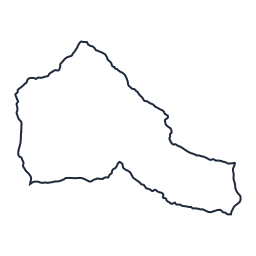 the district of Naja, Paro, Bhutan
{"feature_id": "84629894B48616572457090", "entity_name": "Naja", "entity_type": "district", "adm_level": 2, "iso_a3": "BTN", "parent_name": "Bhutan", "parent_adm1": "Paro", "projection": "mercator", "projection_center": [89.419, 27.254], "detail": "fine", "context": "isolated", "style": "outline", "palette": "slate", "viewbox_px": 256, "rotation_deg": 0, "n_neighbors": 0, "source": "geoboundaries", "source_scale": "gbopen_adm2", "svg_char_len": 5809}
<svg xmlns="http://www.w3.org/2000/svg" viewBox="0 0 256 256"><path d="M234.8,163.0L234.1,162.9L233.7,163.1L233.2,163.1L232.8,163.3L229.7,163.4L229.1,163.6L228.6,163.7L226.7,162.9L225.4,162.2L224.9,162.1L224.3,161.9L222.7,161.7L222.0,161.2L221.0,160.9L220.0,160.8L219.5,160.7L218.8,160.6L217.5,160.5L217.0,160.5L215.9,160.7L214.3,159.6L213.4,159.3L212.6,159.2L212.0,159.5L210.8,159.9L210.0,159.8L208.2,158.9L206.3,157.8L204.6,157.2L203.6,156.7L202.7,156.4L201.6,156.4L201.1,156.1L198.9,155.4L196.5,155.5L195.8,154.7L194.8,154.5L193.6,154.1L193.0,153.7L191.0,153.2L189.5,152.5L187.8,151.6L184.2,149.3L183.2,148.5L182.0,147.8L181.5,147.4L180.3,146.8L179.7,146.3L179.1,146.3L178.2,146.0L177.0,145.2L175.7,144.4L175.0,144.2L174.5,144.3L174.0,144.5L173.4,144.5L172.8,144.2L171.7,143.4L171.6,142.8L171.1,142.3L170.5,141.4L170.3,140.8L170.3,140.4L169.9,139.9L169.4,138.9L169.6,137.8L170.1,136.6L170.0,134.8L170.3,133.6L171.4,133.0L171.6,132.3L171.6,131.3L170.7,128.5L169.2,127.4L168.2,126.8L167.2,126.0L165.8,124.5L165.1,122.0L164.9,120.2L165.2,119.6L166.2,119.0L167.5,118.1L168.0,117.2L167.8,115.7L164.6,113.7L164.3,112.4L164.0,111.9L162.9,110.7L161.9,110.1L160.8,109.7L155.8,106.9L154.7,106.3L154.3,105.6L153.2,104.6L152.3,104.1L150.6,103.5L148.7,102.4L146.8,101.1L145.7,101.1L144.5,100.9L143.8,100.2L143.5,99.8L142.8,98.4L141.7,96.9L141.1,96.4L139.6,95.2L139.3,94.4L138.6,93.7L138.2,93.0L138.0,92.5L137.7,92.1L137.1,91.6L136.3,91.2L135.3,90.0L134.7,89.4L134.1,89.1L132.0,88.7L131.4,88.2L130.8,87.6L130.0,86.8L129.2,86.2L128.6,85.5L128.1,84.4L127.7,81.6L126.7,78.5L126.4,77.9L126.0,76.9L125.3,75.7L124.9,75.0L123.6,73.6L121.8,72.4L120.2,71.7L119.7,71.4L117.8,69.8L117.2,69.3L114.8,68.3L114.5,67.7L114.6,67.2L112.3,66.2L111.6,64.3L111.2,62.8L107.6,59.5L107.1,57.5L105.2,54.4L103.2,53.1L99.7,51.6L95.7,50.0L94.5,48.0L92.8,46.5L90.3,45.8L88.1,44.6L87.9,43.9L86.8,42.0L85.9,42.1L83.9,42.0L81.0,41.6L79.5,43.0L77.8,45.9L77.4,47.1L77.1,47.7L76.3,48.8L75.6,50.0L74.7,51.4L74.1,52.2L73.1,53.3L72.7,53.8L72.0,55.3L71.0,56.0L67.2,57.2L66.1,57.9L64.8,58.9L63.1,61.0L61.2,63.0L60.6,63.7L60.4,64.1L60.2,65.0L60.2,66.4L60.0,67.3L59.6,68.7L59.2,69.7L58.7,70.3L58.0,70.5L55.6,70.2L55.0,70.2L54.5,70.4L51.9,72.0L50.6,72.8L49.5,73.6L49.0,74.3L48.4,75.5L48.0,76.0L46.9,76.4L45.2,76.6L42.9,77.4L42.4,77.6L41.4,77.8L40.4,77.8L38.3,77.5L37.4,77.9L36.3,78.8L35.7,78.9L34.3,78.2L33.8,78.0L33.4,77.9L31.1,78.0L30.1,78.1L28.7,78.6L28.3,78.9L27.7,79.5L27.4,80.0L27.2,80.5L26.9,82.0L26.1,82.9L24.9,83.8L22.8,85.8L21.1,87.3L18.5,89.1L17.9,89.8L17.7,90.1L17.7,92.1L17.5,92.5L15.8,93.8L15.4,94.3L15.4,94.7L15.6,95.5L16.9,98.7L17.0,99.2L18.0,101.0L18.1,101.5L17.8,102.1L16.8,103.3L16.6,103.8L16.6,104.5L17.3,107.4L17.4,108.5L17.4,110.1L17.3,110.6L17.1,111.2L16.6,112.4L16.6,112.9L16.7,113.4L16.8,114.0L17.2,114.8L17.6,116.0L17.7,116.6L18.4,118.3L19.0,119.4L20.7,121.2L21.0,121.6L21.4,122.5L21.6,124.6L21.4,126.2L21.3,127.1L21.4,128.0L21.4,129.0L21.3,130.1L21.1,130.7L21.1,131.1L21.4,132.2L21.0,133.0L20.9,135.9L20.8,139.2L20.4,143.4L20.0,144.5L19.7,146.0L18.5,150.3L18.3,151.8L18.2,152.9L18.3,154.3L18.5,155.2L18.9,155.8L19.2,156.3L19.7,156.8L21.2,157.4L21.6,157.9L22.5,160.5L22.8,160.8L23.3,161.9L23.5,162.7L23.5,163.5L23.0,165.3L23.0,165.9L23.3,166.7L23.7,167.4L24.9,169.2L25.6,170.5L26.1,171.1L28.3,173.2L29.7,175.0L30.3,175.9L30.8,176.8L31.1,178.1L30.9,180.0L30.4,182.4L30.1,184.0L31.8,182.8L33.3,182.0L34.4,181.7L35.6,181.6L37.5,181.7L38.1,181.7L38.9,181.9L40.1,182.5L40.7,182.6L42.3,182.8L44.0,182.7L45.8,182.4L46.9,182.8L47.6,182.9L49.7,182.5L51.0,182.4L52.5,182.1L55.1,181.4L57.1,181.5L58.4,181.3L60.8,180.7L64.1,179.2L64.6,178.9L65.7,178.0L69.6,177.9L71.2,178.0L75.6,178.2L79.6,177.9L81.2,178.0L83.2,178.5L87.2,180.4L89.0,181.4L89.7,181.5L90.4,181.5L91.2,181.4L92.9,180.3L93.4,180.0L94.7,179.4L96.2,179.0L97.2,178.5L98.4,178.5L99.2,178.9L101.2,178.9L103.1,178.9L104.0,177.9L105.1,177.5L106.8,177.3L108.0,177.6L108.7,176.7L109.2,175.5L109.8,174.6L111.1,173.8L111.7,173.2L111.9,171.6L112.6,169.8L113.2,169.2L114.8,168.4L115.5,167.9L116.3,166.8L117.0,165.6L117.5,164.4L117.7,163.7L118.2,163.2L119.4,161.9L120.6,162.4L121.6,163.2L122.4,164.0L123.1,167.7L124.8,169.3L126.6,170.1L129.6,171.8L130.7,173.2L132.8,177.1L133.4,178.0L135.0,179.0L136.2,180.0L138.3,181.4L140.4,183.1L141.3,184.3L142.0,184.5L143.6,184.8L144.0,185.1L146.2,188.3L149.2,189.1L150.2,189.5L151.2,190.4L152.1,191.0L152.6,191.0L153.2,190.8L154.4,189.9L155.0,189.8L155.7,190.0L156.3,190.4L156.9,191.1L157.8,191.6L158.4,191.9L159.4,192.3L161.1,192.6L162.5,193.4L163.1,194.1L163.4,194.8L163.3,195.4L163.1,196.4L162.9,197.2L163.1,197.6L163.5,198.0L164.9,198.1L166.1,198.8L166.2,199.2L166.4,200.1L167.5,201.4L168.3,201.7L169.5,202.4L170.4,203.3L171.1,203.6L171.5,203.8L172.1,203.8L174.0,202.9L174.9,202.6L175.2,202.9L175.5,203.6L176.0,204.2L176.5,204.5L176.9,204.6L178.4,204.6L180.2,204.7L180.6,204.9L181.4,205.4L182.4,205.9L186.2,206.4L186.8,206.4L188.8,207.0L190.5,206.9L191.2,207.0L192.3,208.1L192.8,208.4L193.6,208.4L194.0,208.3L194.7,208.3L196.1,208.4L196.7,208.6L197.6,208.6L199.4,209.0L200.0,209.3L200.5,209.4L202.8,209.3L204.5,210.2L205.2,210.6L205.7,210.7L207.1,211.4L208.2,211.9L209.6,212.1L210.6,212.1L212.0,211.9L212.8,211.6L213.4,211.2L215.3,210.8L217.0,210.1L220.2,209.8L222.2,211.4L222.8,212.1L223.2,212.3L223.7,212.4L225.0,212.6L225.8,212.9L227.0,214.1L227.6,214.3L228.3,214.4L229.1,214.3L231.0,214.3L231.4,212.2L231.7,210.9L232.4,210.0L232.8,209.1L233.9,206.9L235.0,205.8L236.0,204.9L238.1,203.4L239.0,202.6L240.0,201.5L240.4,200.3L240.6,198.8L240.6,197.7L240.4,196.3L239.7,195.2L238.1,193.5L237.2,192.2L236.6,191.4L235.9,189.8L235.4,188.1L235.2,186.2L234.9,183.8L234.4,181.9L233.5,179.1L233.6,176.6L233.7,175.0L233.6,173.5L233.2,171.5L233.0,170.8L232.9,169.8L233.0,168.9L233.7,167.0L234.6,164.8L234.8,163.0Z" fill="none" stroke="#1e293b" stroke-width="2"/></svg>